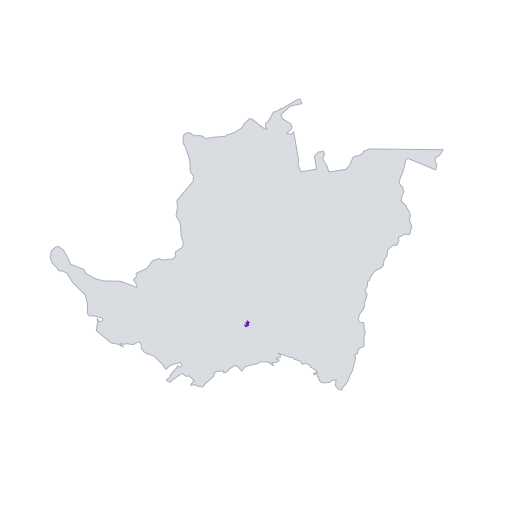 location of Chinchiná, Caldas, Colombia, rotated 260°
{"feature_id": "7082276B13604936922856", "entity_name": "Chinchiná", "entity_type": "district", "adm_level": 2, "iso_a3": "COL", "parent_name": "Colombia", "parent_adm1": "Caldas", "projection": "mercator", "projection_center": [-75.645, 5.002], "detail": "fine", "context": "in_parent", "style": "filled", "palette": "violet", "viewbox_px": 512, "rotation_deg": 260, "n_neighbors": 0, "source": "geoboundaries", "source_scale": "gbopen_adm2", "svg_char_len": 4904}
<svg xmlns="http://www.w3.org/2000/svg" viewBox="0 0 512 512"><g transform="rotate(260 256 256)"><path d="M295.5,67.3L290.2,69.4L280.0,72.1L273.0,83.7L268.2,85.7L262.3,92.6L258.0,101.1L254.6,118.3L245.9,132.9L246.7,133.6L250.1,132.9L253.4,131.3L254.6,131.8L255.8,134.4L259.7,135.0L262.9,146.8L268.9,152.8L269.6,155.1L270.3,160.0L268.2,163.0L267.6,173.7L269.5,176.4L274.0,177.5L277.0,184.2L278.8,185.7L281.6,186.8L288.2,185.7L300.1,186.9L302.9,186.7L309.5,184.3L318.0,187.2L324.3,187.7L341.2,207.9L342.9,207.3L345.1,208.5L349.4,206.4L353.1,206.1L357.9,207.1L364.3,207.1L377.2,205.0L379.2,203.8L386.2,205.0L388.3,206.5L389.3,210.3L388.5,212.6L386.0,214.9L384.7,217.9L384.4,221.6L383.1,224.3L380.9,226.1L380.0,228.6L380.5,232.0L379.3,247.1L380.3,248.4L381.0,254.6L383.9,262.7L385.4,265.0L387.9,266.9L392.4,273.6L391.4,275.9L379.8,286.3L379.2,288.7L381.4,287.7L385.0,288.7L386.2,291.2L394.8,298.4L394.7,301.2L397.2,306.7L396.8,307.9L402.7,323.4L402.9,326.7L398.0,327.6L397.8,317.2L397.1,315.1L391.4,305.8L390.3,305.1L386.5,306.1L380.2,313.0L377.3,314.0L375.0,313.0L372.6,309.0L371.1,308.2L369.6,311.6L371.5,314.7L343.8,314.6L338.4,313.4L331.0,314.9L331.0,330.7L344.0,330.9L347.6,335.4L347.3,339.0L347.9,340.3L344.7,341.1L340.1,338.6L332.0,341.6L326.1,342.3L325.7,359.6L329.2,364.0L336.2,368.6L337.2,371.7L336.8,374.7L338.4,378.5L340.7,380.4L340.7,382.7L341.9,385.2L328.2,458.8L323.3,454.3L321.6,450.3L319.2,448.6L314.6,449.9L309.6,447.8L325.6,422.8L325.1,420.6L311.7,414.5L310.3,413.0L303.9,409.7L300.4,410.6L298.4,412.3L293.6,412.8L289.7,410.1L285.0,408.4L279.4,412.6L277.7,412.5L273.7,414.4L269.4,415.1L263.9,413.2L259.4,414.5L256.2,414.2L255.1,412.9L251.1,411.4L250.6,409.7L251.7,406.6L250.0,400.6L249.4,399.5L246.4,399.4L242.8,397.2L242.1,395.9L242.9,393.5L242.2,391.4L238.7,386.5L233.9,385.2L229.3,381.2L224.7,379.8L222.5,376.9L220.5,370.3L215.7,365.2L212.3,363.5L211.2,361.1L207.8,360.8L203.1,357.5L201.0,357.3L199.5,358.9L195.2,357.2L191.5,354.8L187.6,354.1L185.1,352.6L180.6,347.9L175.7,345.7L172.8,346.5L171.9,350.0L170.3,350.6L164.6,349.7L163.7,350.4L162.2,350.3L155.3,347.7L148.5,346.8L146.7,340.9L142.4,338.8L141.0,336.0L138.0,336.3L126.3,331.0L121.5,327.3L117.4,325.2L113.1,321.1L112.4,319.4L109.1,317.0L110.7,313.9L114.7,311.6L119.9,313.4L120.5,309.7L118.7,306.5L119.5,299.3L120.9,297.6L123.8,296.2L125.6,296.7L126.7,295.5L131.0,296.1L132.2,295.6L135.5,292.7L136.9,290.3L138.4,290.5L141.8,286.6L141.3,282.7L144.5,281.8L148.0,275.4L149.4,275.2L150.2,272.2L156.2,261.5L154.0,262.8L151.7,262.0L152.0,258.4L151.3,258.0L149.4,260.8L147.7,258.0L148.2,253.4L145.5,254.3L145.6,253.2L149.5,249.8L151.1,241.9L149.8,239.1L149.0,227.3L148.3,225.1L145.1,222.1L150.2,218.8L152.0,216.2L149.7,211.0L146.7,206.6L146.6,203.9L148.4,204.2L149.1,196.9L147.4,194.1L145.3,194.0L138.6,183.2L136.2,180.9L138.0,175.7L140.1,173.4L139.6,169.5L141.0,169.7L143.9,173.3L145.0,172.7L149.6,169.3L149.7,166.1L153.3,162.8L148.2,151.7L146.5,149.9L148.5,146.4L149.7,146.6L151.7,150.1L154.9,152.3L159.6,158.5L161.6,159.9L160.2,161.3L159.9,162.8L160.5,163.6L163.2,163.8L164.3,162.1L163.6,154.5L162.4,150.8L160.0,148.1L160.8,147.0L165.6,145.1L175.5,137.9L179.0,131.2L181.6,128.7L184.5,127.1L188.2,127.5L191.0,126.6L191.8,124.5L190.0,119.8L192.1,113.3L192.0,110.1L193.4,108.1L192.9,107.3L189.3,109.6L193.0,105.1L195.6,98.1L210.2,85.8L219.6,88.8L222.6,88.6L218.7,90.2L218.1,91.9L219.5,93.8L220.9,94.3L222.1,93.1L225.3,85.9L225.8,82.0L227.2,80.6L229.2,80.1L238.4,81.8L247.2,81.2L261.5,71.0L272.3,66.6L275.0,62.4L275.7,59.2L277.7,58.0L279.7,58.0L281.0,56.2L285.9,53.5L291.2,53.2L296.8,55.6L299.4,59.8L299.9,62.7L295.5,67.3ZM131.1,294.8L130.5,295.3L129.2,294.4L128.8,293.1L129.5,292.2L130.5,292.5L131.1,294.8Z" fill="#d9dde1" stroke="#a8b0b8" stroke-width="1"/><path d="M191.9,234.8L191.8,235.0L191.7,235.1L191.4,235.2L191.4,235.3L191.4,235.2L191.3,235.3L191.2,235.4L190.9,235.4L190.9,235.2L190.7,235.2L190.4,235.1L190.3,235.3L190.2,235.3L190.1,235.2L189.9,235.1L189.7,235.0L189.7,234.9L189.5,234.7L189.4,234.5L189.3,234.4L189.2,234.3L189.2,234.2L189.3,234.2L189.3,233.9L189.3,233.7L189.2,233.7L189.3,233.4L189.2,233.4L189.3,233.3L189.2,233.3L188.9,233.5L188.7,233.7L188.6,233.8L188.4,233.9L188.4,234.0L188.5,234.3L188.5,234.5L188.7,234.8L188.8,234.9L188.8,235.0L188.9,235.3L189.0,235.3L189.0,235.5L189.1,235.8L189.2,236.0L189.2,236.3L189.3,236.3L189.5,236.5L189.4,236.5L189.5,236.5L189.8,236.5L190.0,236.5L190.3,236.5L190.5,236.5L190.6,236.4L190.6,236.2L190.8,236.1L191.0,235.9L190.9,235.9L191.0,235.8L191.3,235.9L191.3,236.0L191.5,236.1L191.4,236.2L191.5,236.3L191.5,236.5L191.5,236.8L191.8,236.8L192.0,236.9L192.0,237.0L192.1,236.9L192.3,236.8L192.5,236.8L192.6,236.7L192.4,236.7L192.2,236.6L192.3,236.5L192.2,236.5L192.3,236.5L192.3,236.4L192.4,236.2L192.4,235.9L192.2,235.9L192.2,235.7L191.9,235.5L191.9,235.4L192.0,235.3L192.0,235.2L191.9,235.0L191.9,234.9L191.9,234.8Z" fill="#8b5cf6" stroke="#5b21b6" stroke-width="1.5"/></g></svg>